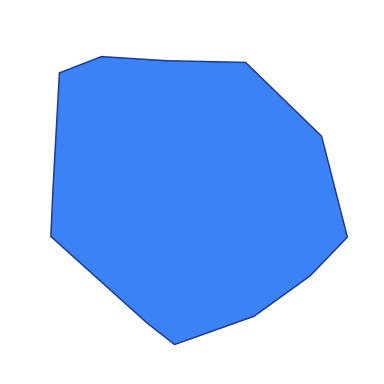 outline of São Salvador do Mundo, rotated 261°
{"feature_id": "CPV-5049", "entity_name": "São Salvador do Mundo", "entity_type": "state/province", "adm_level": 1, "iso_a3": "CPV", "parent_name": "Cabo Verde", "parent_adm1": "", "projection": "mercator", "projection_center": [-23.611, 15.073], "detail": "fine", "context": "isolated", "style": "filled", "palette": "blue", "viewbox_px": 384, "rotation_deg": 261, "n_neighbors": 0, "source": "natural_earth", "source_scale": "10m", "svg_char_len": 343}
<svg xmlns="http://www.w3.org/2000/svg" viewBox="0 0 384 384"><g transform="rotate(261 192 192)"><path d="M170.2,45.6L217.3,55.3L330.4,79.7L339.9,123.7L333.5,152.3L325.7,187.1L311.6,265.2L226.8,328.7L197.0,331.5L123.1,338.4L90.7,295.5L59.6,233.9L44.1,150.9L70.0,126.8L170.2,45.6Z" fill="#3b82f6" stroke="#1e3a8a" stroke-width="1.5"/></g></svg>